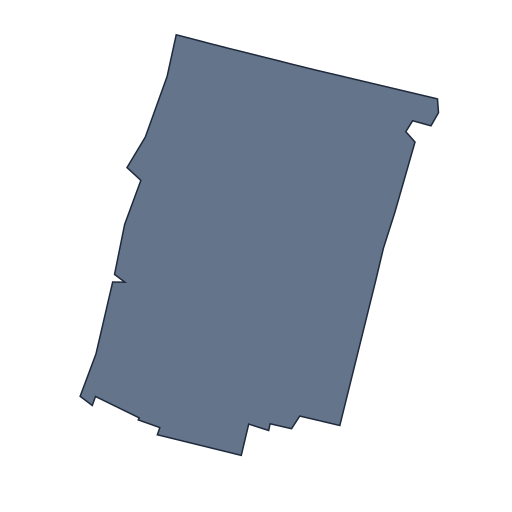 outline of Lawrence, Tennessee, United States of America, rotated 193°
{"feature_id": "52423323B73768341334687", "entity_name": "Lawrence", "entity_type": "district", "adm_level": 2, "iso_a3": "USA", "parent_name": "United States of America", "parent_adm1": "Tennessee", "projection": "mercator", "projection_center": [-87.387, 35.229], "detail": "fine", "context": "isolated", "style": "filled", "palette": "slate", "viewbox_px": 512, "rotation_deg": 193, "n_neighbors": 0, "source": "geoboundaries", "source_scale": "gbopen_adm2", "svg_char_len": 699}
<svg xmlns="http://www.w3.org/2000/svg" viewBox="0 0 512 512"><g transform="rotate(193 256 256)"><path d="M136.2,109.7L133.8,259.3L133.6,292.2L130.5,329.9L126.7,402.8L138.0,410.8L133.8,423.0L114.8,422.2L110.4,436.7L114.5,449.9L233.5,450.6L239.5,450.6L244.5,450.7L247.4,450.7L265.7,451.0L273.0,451.2L288.3,451.5L295.4,451.6L330.6,452.2L351.1,452.7L378.9,453.5L383.5,453.6L383.0,411.0L390.6,347.0L401.6,313.1L385.2,303.8L391.1,257.2L389.7,206.2L377.9,201.0L389.8,198.4L389.9,124.5L395.8,79.7L381.9,73.5L380.8,83.0L333.4,72.0L333.9,69.8L311.1,67.2L311.9,59.6L225.5,58.4L225.3,90.6L204.4,88.8L204.5,95.7L182.5,95.7L177.4,109.9L136.2,109.7Z" fill="#64748b" stroke="#1e293b" stroke-width="1.5"/></g></svg>